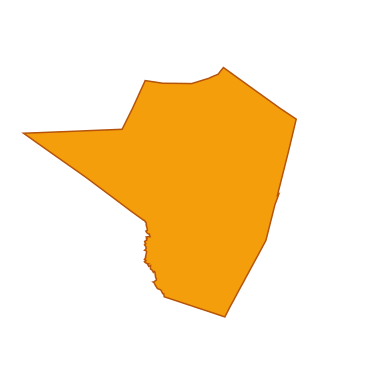 El Salvador, San Luis Potosí, Mexico (orthographic projection), rotated 334°
{"feature_id": "50627088B73100122878983", "entity_name": "El Salvador", "entity_type": "district", "adm_level": 2, "iso_a3": "MEX", "parent_name": "Mexico", "parent_adm1": "San Luis Potosí", "projection": "orthographic", "projection_center": [-100.964, 24.436], "detail": "fine", "context": "isolated", "style": "filled", "palette": "amber", "viewbox_px": 384, "rotation_deg": 334, "n_neighbors": 0, "source": "geoboundaries", "source_scale": "gbopen_adm2", "svg_char_len": 3617}
<svg xmlns="http://www.w3.org/2000/svg" viewBox="0 0 384 384"><g transform="rotate(334 192 192)"><path d="M66.3,65.3L78.6,87.8L86.0,101.3L102.6,131.4L118.2,161.7L129.1,183.1L135.5,195.0L135.6,195.3L135.8,195.5L135.9,195.9L136.1,195.9L136.3,196.1L136.6,196.5L136.8,196.8L136.8,197.0L136.9,197.3L137.0,197.5L137.0,197.8L136.9,198.0L137.0,198.3L137.0,198.5L137.0,198.8L137.1,199.0L137.3,199.2L137.3,199.3L137.3,199.7L137.1,200.2L136.9,200.6L136.9,200.9L136.7,201.1L136.4,201.4L136.4,201.6L136.5,201.8L136.3,201.9L136.2,202.2L136.1,202.8L136.0,203.2L136.0,203.4L135.8,204.4L135.7,205.2L135.0,207.0L133.7,206.9L133.4,206.9L133.6,208.8L134.0,209.9L134.6,210.6L135.1,211.1L135.3,211.3L134.8,211.8L134.8,213.8L131.2,212.3L131.2,212.8L131.0,213.1L130.8,213.6L130.6,213.9L131.1,214.1L130.5,214.9L130.0,215.6L129.8,215.5L127.8,215.6L127.7,216.2L127.6,216.7L127.7,217.1L127.7,217.6L127.8,218.2L126.9,218.4L126.3,218.4L126.3,218.6L126.3,219.0L126.4,219.4L126.3,219.6L126.3,219.8L126.4,220.0L126.5,220.3L126.6,220.6L126.6,220.9L126.6,221.1L126.4,221.4L126.4,221.7L126.4,221.8L126.4,222.0L126.1,222.3L126.0,222.5L126.0,222.8L125.5,223.0L125.0,223.2L124.5,223.4L123.9,223.6L124.9,224.4L125.0,225.9L122.7,228.8L122.4,229.1L122.3,229.3L122.2,229.4L122.1,229.5L121.9,229.7L121.9,230.2L121.4,230.6L121.5,230.8L119.7,231.7L120.1,232.3L120.5,232.7L120.6,233.1L120.5,233.7L120.2,233.7L119.7,233.6L118.7,233.7L118.8,234.3L119.0,234.5L119.0,234.8L119.3,235.1L119.4,235.5L119.6,235.9L120.0,236.3L120.5,236.8L121.3,237.5L120.4,237.5L120.4,237.8L120.6,237.8L120.6,238.3L120.5,238.9L120.5,239.3L120.5,239.9L120.8,239.9L121.4,240.0L121.7,240.0L122.1,240.0L122.3,240.0L122.5,240.0L122.3,240.3L121.9,240.9L121.5,241.5L121.3,242.2L121.0,242.7L121.0,243.2L121.2,243.4L121.3,243.6L121.5,244.0L121.7,244.4L121.8,244.6L121.9,244.8L121.9,245.1L121.9,245.4L121.9,245.7L122.0,245.9L122.1,246.1L122.1,246.5L122.1,246.8L122.0,247.1L122.0,247.3L122.3,247.2L122.5,247.0L122.8,246.8L123.0,246.7L123.3,246.8L123.3,247.1L123.4,247.3L123.5,247.5L123.6,248.0L123.4,248.4L123.3,248.5L123.1,248.8L123.0,249.0L122.9,249.4L122.9,249.5L122.9,249.8L122.9,250.2L122.6,250.5L122.6,251.0L122.4,251.1L122.4,251.4L122.3,251.6L122.2,251.9L122.0,252.2L121.9,252.5L121.9,253.0L121.8,253.4L122.0,253.8L122.0,254.5L121.8,254.6L121.7,254.9L121.4,255.4L121.1,255.5L120.9,255.6L120.7,255.8L120.4,255.8L120.1,255.7L119.8,255.8L119.4,255.9L119.0,256.0L118.7,256.1L118.3,256.1L117.9,256.0L117.6,255.9L118.1,256.9L118.2,257.9L118.2,258.9L118.1,260.4L118.5,261.0L118.4,262.7L118.7,263.7L119.9,265.1L120.9,266.1L121.1,267.1L121.0,268.5L121.3,269.4L121.0,270.4L122.0,271.3L121.5,272.6L121.1,274.0L166.8,318.7L173.9,313.3L175.0,312.5L177.0,311.0L180.9,308.3L181.2,308.1L181.9,307.6L182.0,307.5L182.3,307.3L183.4,306.5L183.6,306.3L184.7,305.5L186.6,304.2L187.2,303.7L195.2,298.0L195.9,297.5L199.2,295.2L204.1,291.6L205.3,290.8L214.2,284.4L215.8,283.3L217.0,282.4L217.3,282.2L222.8,278.3L236.8,268.2L237.2,267.8L237.4,267.7L261.1,239.6L266.7,234.3L268.0,233.0L269.1,231.9L267.5,232.2L295.1,199.5L300.9,192.5L317.1,172.8L317.6,172.2L308.0,155.7L307.3,154.5L301.0,142.7L290.0,122.3L280.6,104.7L277.4,98.7L274.8,93.9L273.3,94.6L270.9,95.7L267.0,97.7L266.9,97.6L258.5,97.1L257.8,97.3L250.2,96.1L248.9,95.9L248.1,95.8L239.2,94.4L230.9,90.2L230.7,90.1L229.9,89.7L228.5,89.0L226.9,88.2L224.4,86.9L221.1,85.3L220.7,85.1L215.1,82.3L214.9,82.2L213.6,81.6L213.2,81.3L212.9,81.1L209.2,78.5L208.3,77.9L200.0,72.2L198.7,71.3L197.6,72.3L194.2,75.1L190.9,77.8L189.4,79.0L188.7,79.6L185.7,82.1L174.9,91.0L174.6,91.2L156.7,105.0L79.6,71.2L66.3,65.3Z" fill="#f59e0b" stroke="#b45309" stroke-width="1.5"/></g></svg>